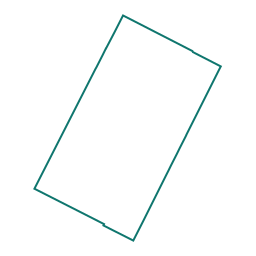 outline of Texas, Oklahoma, United States of America, rotated 117°
{"feature_id": "52423323B37973065471626", "entity_name": "Texas", "entity_type": "district", "adm_level": 2, "iso_a3": "USA", "parent_name": "United States of America", "parent_adm1": "Oklahoma", "projection": "natural_earth1", "projection_center": [-101.473, 36.749], "detail": "fine", "context": "isolated", "style": "outline", "palette": "teal", "viewbox_px": 256, "rotation_deg": 117, "n_neighbors": 0, "source": "geoboundaries", "source_scale": "gbopen_adm2", "svg_char_len": 656}
<svg xmlns="http://www.w3.org/2000/svg" viewBox="0 0 256 256"><g transform="rotate(117 128 128)"><path d="M200.9,183.8L206.8,183.8L208.1,183.8L220.4,183.8L224.6,183.8L224.5,105.7L226.0,105.6L225.9,72.2L216.7,72.2L213.8,72.2L206.5,72.2L204.1,72.2L178.0,72.4L177.8,72.4L151.7,72.6L151.3,72.6L148.0,72.6L141.6,72.7L141.4,72.7L128.7,72.7L122.6,72.8L116.1,72.8L108.0,72.8L107.8,72.9L53.6,73.2L36.0,73.3L31.0,73.3L30.9,104.6L30.2,105.5L30.0,183.5L48.4,183.5L67.2,183.7L67.2,183.8L74.1,183.7L74.9,183.7L75.2,183.7L75.4,183.7L75.7,183.7L88.3,183.7L90.2,183.8L98.3,183.8L99.0,183.8L103.7,183.8L200.9,183.8Z" fill="none" stroke="#0f766e" stroke-width="2"/></g></svg>